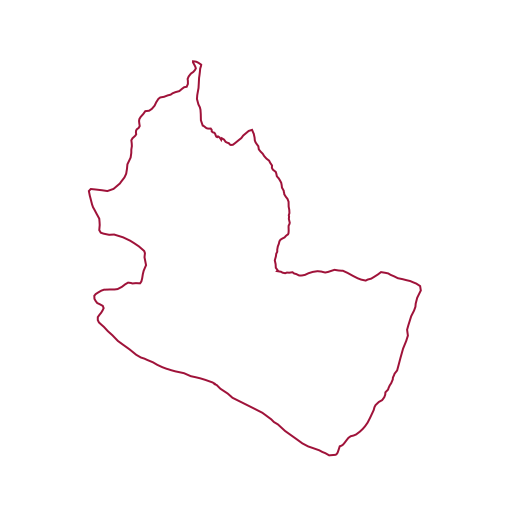 the district of Mafinga Township Authority, Iringa, United Republic of Tanzania, rotated 297°
{"feature_id": "72390352B55502751216619", "entity_name": "Mafinga Township Authority", "entity_type": "district", "adm_level": 2, "iso_a3": "TZA", "parent_name": "United Republic of Tanzania", "parent_adm1": "Iringa", "projection": "robinson", "projection_center": [35.272, -8.362], "detail": "fine", "context": "isolated", "style": "outline", "palette": "rose", "viewbox_px": 512, "rotation_deg": 297, "n_neighbors": 0, "source": "geoboundaries", "source_scale": "gbopen_adm2", "svg_char_len": 5132}
<svg xmlns="http://www.w3.org/2000/svg" viewBox="0 0 512 512"><g transform="rotate(297 256 256)"><path d="M260.9,102.1L258.8,101.8L251.1,98.6L246.4,94.1L244.7,89.0L242.4,82.8L240.7,78.4L240.1,78.2L238.0,77.6L234.2,80.6L232.2,82.4L229.1,85.1L228.8,85.4L227.6,86.4L226.2,87.9L225.5,88.6L224.2,90.6L222.8,92.6L221.1,95.0L220.3,96.2L218.1,99.4L215.2,101.2L212.6,102.7L210.1,103.7L207.9,104.6L206.3,107.1L206.7,110.0L208.2,115.5L210.4,119.3L210.7,119.8L212.0,127.3L212.3,129.2L212.5,136.9L212.1,141.6L211.4,147.3L209.7,154.1L208.5,155.4L208.3,155.5L208.0,155.8L204.3,157.2L203.9,157.5L201.1,159.7L197.9,162.2L194.7,162.4L191.9,162.6L188.5,163.4L185.7,164.3L185.4,164.4L184.1,164.8L181.3,165.4L179.5,165.2L179.4,165.2L179.0,165.1L177.3,161.3L175.4,158.3L175.2,156.9L174.2,154.1L171.4,152.3L167.6,150.5L163.7,147.7L162.0,145.2L160.9,143.0L159.9,141.1L158.3,138.3L157.0,135.9L154.9,133.9L151.8,131.9L149.2,130.4L147.1,130.0L144.5,131.5L143.1,133.6L142.0,135.9L142.1,138.6L142.0,142.1L140.4,143.9L138.4,144.0L138.0,144.0L135.2,143.8L132.4,143.2L129.7,142.8L127.1,144.1L125.5,146.2L124.7,149.1L123.8,152.6L121.7,158.3L120.2,164.0L117.6,171.5L116.7,177.1L115.4,185.7L113.6,194.1L113.3,199.5L113.9,203.2L114.0,206.2L114.5,212.5L114.2,217.5L114.4,223.0L114.9,227.4L115.3,229.5L115.7,232.1L116.6,236.5L118.2,242.4L118.9,245.1L119.3,252.4L120.5,256.9L121.7,261.9L122.6,267.0L123.6,274.6L123.5,277.2L123.0,277.3L123.2,279.5L121.6,284.4L121.5,285.1L120.6,293.2L119.0,299.4L119.2,322.8L119.2,328.8L119.2,332.8L117.4,343.7L116.2,347.3L115.9,352.0L113.3,361.3L111.1,376.1L110.3,381.1L110.1,382.2L110.0,388.9L110.7,393.8L111.6,400.6L111.5,404.0L111.8,407.3L111.6,411.7L113.9,415.4L114.7,416.7L115.0,417.1L115.8,417.7L117.8,418.0L121.4,417.5L124.5,417.0L125.8,418.3L127.5,419.2L129.6,419.7L133.5,420.4L135.9,420.9L138.4,422.2L140.3,424.4L142.4,426.2L146.7,428.3L150.3,429.6L153.1,430.3L154.0,430.5L158.2,431.1L163.6,431.1L169.6,430.9L172.2,430.8L175.0,430.2L177.4,430.2L181.7,431.7L184.8,433.8L185.8,434.0L188.4,434.4L191.1,434.1L193.0,433.3L193.3,433.2L196.9,434.3L198.8,434.0L201.5,433.9L204.0,434.2L208.1,433.9L209.8,433.2L212.4,433.1L214.1,432.9L218.1,433.7L224.3,432.4L230.7,431.0L240.2,429.1L248.5,428.4L252.7,427.7L254.0,427.5L258.9,424.1L263.4,423.2L272.9,421.6L279.1,421.6L282.3,421.2L283.1,421.1L286.1,419.9L291.9,418.6L298.6,418.5L300.1,418.5L303.7,415.9L303.8,415.1L304.2,411.3L303.9,408.1L303.7,404.8L302.8,401.2L301.9,397.1L300.6,392.4L300.6,388.5L300.3,384.4L300.5,381.7L299.7,378.8L298.4,374.7L294.9,373.0L291.0,370.7L288.1,368.9L285.7,366.2L283.9,364.9L282.7,360.4L282.3,356.7L282.3,351.3L282.5,345.2L282.4,342.8L282.3,340.1L281.8,339.1L280.6,336.2L280.4,335.6L279.3,332.2L276.9,329.8L275.1,328.0L274.9,327.9L272.7,325.2L272.1,322.8L271.8,321.3L270.4,317.7L267.6,313.8L267.5,313.7L264.5,310.6L261.4,308.2L259.6,305.9L258.7,304.4L258.2,303.1L258.2,302.2L258.2,300.1L257.7,297.9L258.1,295.9L256.2,293.2L255.3,291.1L253.9,289.8L253.2,287.2L253.3,285.4L252.7,283.5L252.1,281.6L253.1,281.8L254.5,279.0L257.6,277.2L260.7,274.7L264.7,273.9L267.2,273.0L269.4,273.0L271.4,272.0L274.4,271.1L277.3,270.8L279.7,270.2L281.6,270.4L283.6,271.6L285.5,273.0L287.4,273.5L288.6,274.0L289.8,274.7L291.1,274.6L293.2,273.7L295.1,272.7L296.7,271.8L297.9,271.3L299.5,271.3L300.9,271.0L304.0,268.4L306.1,267.6L307.2,266.7L309.4,266.3L312.2,264.7L314.8,262.7L317.6,261.2L319.1,260.4L321.2,258.1L322.3,255.7L323.2,254.2L323.9,253.1L324.9,252.5L325.7,251.7L326.6,251.2L327.6,249.8L328.7,248.1L330.8,246.7L332.7,245.2L334.1,243.2L335.5,241.0L335.9,239.8L336.6,238.3L338.6,236.7L339.7,235.6L339.9,235.4L340.6,231.8L341.8,230.1L343.9,229.2L345.5,226.3L346.9,224.4L347.5,221.1L348.7,218.0L350.2,215.5L351.1,212.7L352.3,210.1L354.9,208.2L355.8,206.3L357.0,204.1L358.4,202.5L360.8,201.0L364.0,198.4L364.4,197.8L366.6,195.2L364.1,192.7L357.5,189.9L354.4,189.4L351.6,188.1L347.3,186.2L344.6,184.9L343.5,183.2L343.5,181.9L344.2,180.6L343.9,179.1L343.9,177.1L345.2,174.7L345.4,172.1L343.7,172.3L344.1,171.7L344.6,170.7L345.1,169.6L345.3,167.8L344.3,167.5L344.3,166.5L345.0,165.5L346.1,164.4L346.9,163.0L346.6,161.4L346.9,160.0L348.2,159.3L349.0,157.8L347.8,155.6L347.4,153.8L347.9,151.4L348.2,149.5L348.2,149.3L348.1,149.2L351.9,145.3L357.3,142.4L361.0,140.2L363.0,138.5L364.9,135.9L369.1,132.1L372.7,130.6L379.6,128.5L383.5,126.8L387.1,125.2L388.9,124.4L391.3,123.6L394.6,122.4L397.6,121.2L400.5,120.7L401.6,120.3L402.0,117.0L402.0,114.8L401.6,113.3L400.9,111.5L399.9,112.0L398.4,114.2L397.1,116.0L395.9,117.2L394.1,117.2L391.6,116.6L389.0,115.2L385.4,114.5L382.7,114.7L381.1,115.8L378.4,117.2L375.3,117.4L373.8,115.4L371.4,114.2L368.1,112.8L365.4,109.8L363.1,107.8L361.0,106.7L359.1,104.5L356.1,101.8L353.8,98.7L351.7,97.7L347.8,97.3L343.9,97.4L339.8,96.4L336.9,94.8L334.8,91.6L331.4,91.1L327.7,90.1L325.1,89.9L323.2,90.5L321.2,91.8L319.0,93.4L316.8,93.3L314.8,92.3L313.4,92.2L311.6,92.9L310.0,94.0L308.3,93.8L305.9,92.9L304.9,92.5L302.5,92.4L300.3,93.9L299.5,94.4L297.9,95.3L297.6,95.5L294.2,96.6L291.2,98.1L286.8,99.6L283.5,99.7L279.3,99.8L275.0,101.5L270.6,102.9L269.9,103.0L266.5,103.1L266.2,103.1L260.9,102.1Z" fill="none" stroke="#9f1239" stroke-width="2"/></g></svg>